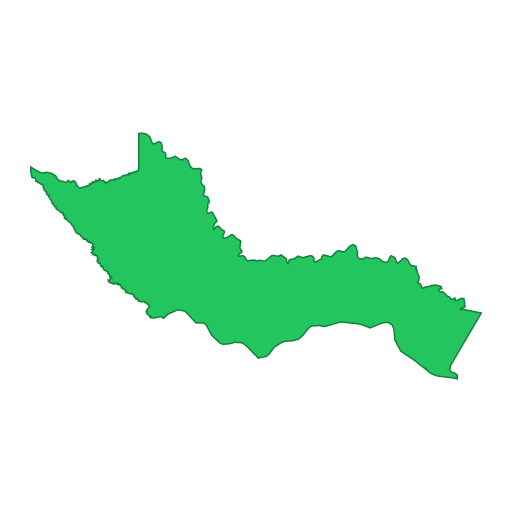 the district of Shushufindi, Sucumbios, Ecuador
{"feature_id": "8360857B16712310561849", "entity_name": "Shushufindi", "entity_type": "district", "adm_level": 2, "iso_a3": "ECU", "parent_name": "Ecuador", "parent_adm1": "Sucumbios", "projection": "orthographic", "projection_center": [-76.553, -0.288], "detail": "fine", "context": "isolated", "style": "filled", "palette": "green", "viewbox_px": 512, "rotation_deg": 0, "n_neighbors": 0, "source": "geoboundaries", "source_scale": "gbopen_adm2", "svg_char_len": 5981}
<svg xmlns="http://www.w3.org/2000/svg" viewBox="0 0 512 512"><path d="M481.3,313.0L460.7,308.9L462.3,307.5L464.0,307.6L464.9,306.7L465.1,305.8L464.3,304.4L464.8,303.4L463.8,298.5L460.4,298.5L459.8,299.3L456.5,300.6L455.5,300.6L454.9,298.1L452.2,299.3L451.0,299.2L449.6,297.0L447.4,296.2L443.6,292.4L442.3,291.7L440.0,292.0L439.2,291.5L438.7,289.4L440.0,289.2L440.6,288.4L441.7,288.7L441.3,286.9L440.6,286.3L435.1,284.9L435.0,285.4L432.2,285.3L426.7,287.1L425.5,286.8L423.8,288.1L422.2,287.7L420.3,283.9L417.5,282.5L418.5,281.2L419.4,277.8L416.9,271.1L417.2,270.3L416.1,269.5L416.5,268.8L416.0,268.1L416.2,266.4L411.6,265.7L409.9,264.1L408.0,260.4L405.8,258.4L404.3,258.1L402.8,258.6L400.4,261.3L397.7,262.9L396.7,262.4L394.9,257.8L391.1,255.7L390.2,256.5L388.0,261.5L386.1,262.4L382.6,261.6L379.1,258.6L376.5,257.9L370.9,258.5L366.0,257.1L362.8,258.9L359.4,258.8L357.9,257.6L357.5,256.4L357.5,252.1L355.8,246.4L355.0,245.4L353.0,244.6L350.0,246.0L344.8,251.6L342.2,251.7L339.6,250.7L336.6,251.3L331.3,256.9L323.7,254.9L322.4,255.9L321.4,258.9L315.4,262.1L314.1,261.3L314.0,258.5L313.1,256.8L311.9,255.9L310.0,255.7L302.8,257.7L298.0,256.1L294.2,258.8L289.4,259.8L288.1,263.4L286.9,262.8L286.5,259.4L285.8,258.4L281.1,254.9L278.0,256.3L273.5,255.4L271.6,255.7L265.6,260.8L264.1,261.3L259.8,260.2L256.8,261.0L254.1,260.0L247.5,260.7L246.4,260.1L244.7,256.7L243.7,256.1L241.9,255.7L239.0,256.3L238.3,255.6L238.8,254.5L241.9,252.0L241.8,250.9L239.8,248.0L240.8,241.5L240.4,240.7L236.0,238.2L233.6,235.2L231.5,234.6L227.4,237.3L224.3,238.2L223.2,237.7L222.6,236.6L224.3,232.7L224.2,230.8L221.9,229.7L218.4,226.2L216.2,226.6L214.0,229.3L213.3,228.8L213.9,224.7L215.8,222.1L216.8,221.8L216.9,220.7L212.4,212.4L211.4,212.0L208.5,213.2L207.6,213.1L206.7,211.9L207.1,208.8L207.8,207.9L207.7,204.4L209.5,201.5L207.7,197.1L204.1,195.8L203.4,195.1L204.5,190.6L204.6,187.0L201.6,183.7L200.7,181.9L201.9,178.0L200.5,173.5L201.7,169.6L199.6,168.5L194.0,168.9L192.1,168.2L189.9,165.9L188.2,160.9L185.9,158.4L184.7,158.4L182.3,159.8L179.9,159.6L175.3,156.3L170.7,158.2L166.5,158.3L165.7,157.3L165.6,153.2L162.4,151.3L162.1,150.4L162.0,145.4L161.3,142.8L158.8,141.6L154.4,143.8L152.4,143.5L149.7,136.7L146.3,134.1L141.5,133.1L138.7,133.5L138.7,169.9L137.4,171.2L136.6,171.1L135.5,172.0L134.4,171.5L133.4,172.8L132.0,172.5L131.0,173.4L130.0,173.2L129.9,173.8L129.1,173.2L128.8,174.7L127.9,174.2L127.0,175.1L125.9,174.7L124.5,175.6L123.2,175.4L119.5,178.4L119.1,177.8L117.9,178.7L116.1,178.6L115.5,179.6L114.7,179.2L114.6,179.9L113.6,179.5L112.4,180.1L110.5,179.8L106.9,182.8L106.0,182.3L105.6,183.1L105.4,182.3L104.3,181.8L103.6,180.5L101.8,181.1L100.4,180.3L100.2,179.1L99.4,178.6L99.4,179.5L97.4,181.0L97.0,180.6L96.8,181.2L96.3,180.3L95.6,180.2L95.4,181.2L93.7,182.6L93.2,181.7L92.5,181.7L92.6,182.9L91.5,183.1L91.1,184.3L90.0,183.8L90.3,184.5L89.4,184.5L89.4,185.2L79.9,188.1L77.8,186.9L77.5,185.6L76.7,185.3L75.6,182.0L74.3,181.6L73.8,180.6L71.7,181.3L71.5,182.5L70.9,182.7L68.4,180.4L66.6,182.0L65.3,182.3L61.6,181.0L60.1,181.2L57.1,178.7L55.9,176.0L50.8,172.9L50.1,173.4L46.2,172.1L44.4,172.9L42.0,173.0L38.3,171.7L30.7,167.0L30.8,172.2L32.0,177.4L32.7,177.9L34.3,177.4L35.8,179.2L35.9,181.4L37.2,181.5L37.9,182.6L38.7,182.5L41.3,184.5L42.1,184.2L43.6,186.0L43.1,187.1L44.2,189.0L44.0,189.9L46.7,192.2L46.2,192.9L47.4,195.1L49.1,195.3L48.7,195.7L49.1,197.4L51.6,201.0L52.3,203.5L52.6,204.0L53.3,203.8L54.5,206.5L56.0,207.3L56.0,208.7L57.0,209.7L58.4,210.0L60.7,212.4L62.0,212.4L61.9,212.8L63.4,213.5L63.0,213.8L63.4,215.2L64.6,216.0L64.3,217.8L64.9,217.9L65.2,218.8L65.9,218.6L66.3,219.6L66.8,219.4L69.0,222.0L70.8,222.9L71.8,225.2L73.3,226.1L73.7,228.5L74.9,229.7L76.1,232.7L77.2,232.9L78.2,234.1L78.6,233.7L79.7,234.3L80.8,236.1L81.9,236.5L83.0,238.8L83.7,238.5L84.2,239.2L85.0,238.6L85.2,239.3L86.4,239.4L86.1,239.9L86.6,239.6L87.0,240.2L86.6,240.6L88.2,241.9L88.6,241.7L88.6,242.3L90.5,242.1L90.7,242.7L91.5,241.9L91.2,242.6L93.0,244.2L92.4,246.2L93.3,246.7L92.6,247.1L94.0,247.3L93.3,247.9L93.6,248.3L93.1,248.2L93.6,248.9L92.9,248.8L93.4,249.4L92.2,249.6L93.0,250.1L92.8,251.0L92.0,252.0L92.2,252.7L91.6,252.7L92.2,253.3L92.7,253.1L92.6,253.9L93.1,253.4L94.4,254.2L94.2,255.3L95.6,254.9L95.9,255.7L97.1,255.7L97.6,258.1L98.2,258.3L97.4,259.1L97.3,260.9L97.8,260.5L97.5,261.1L98.0,261.0L98.3,263.0L98.8,262.7L99.6,263.6L100.2,263.0L100.9,266.5L103.2,266.9L103.0,268.2L104.3,270.2L106.2,270.7L106.6,271.6L107.4,271.5L108.2,272.8L108.0,273.4L109.2,273.7L108.9,274.5L110.4,275.8L109.8,276.3L110.7,277.1L111.6,276.9L111.6,278.4L110.0,278.1L110.2,279.4L109.6,280.2L109.0,280.5L108.2,280.0L108.4,281.6L110.8,283.1L114.0,283.2L113.6,284.0L116.6,283.6L117.1,284.1L117.4,283.4L118.1,284.4L118.5,283.7L119.5,284.1L119.3,284.8L120.1,284.9L121.5,286.9L121.4,287.7L122.2,287.5L122.5,288.7L123.4,288.5L124.2,289.5L124.9,289.5L125.8,292.5L126.6,292.0L126.5,292.5L130.3,293.9L131.8,293.5L131.8,294.1L134.1,295.1L134.3,295.8L133.8,296.1L134.7,296.9L134.5,297.3L136.3,298.3L135.8,298.9L138.1,299.8L138.2,300.9L141.7,302.1L144.2,301.2L144.6,302.3L147.2,303.6L147.2,304.1L148.3,304.3L149.4,306.9L146.7,310.2L147.0,311.0L146.3,311.4L146.9,312.2L146.4,313.1L148.4,315.2L149.1,315.2L150.1,317.4L150.5,316.4L151.8,317.8L153.7,318.1L160.9,316.5L163.5,318.4L168.2,314.0L177.9,309.8L185.1,311.1L195.9,322.8L202.9,323.0L205.9,324.4L211.7,335.3L219.8,343.0L223.1,344.3L229.4,343.8L234.9,342.3L242.1,342.8L245.5,345.1L250.4,349.9L254.2,354.1L256.4,355.8L257.9,358.1L266.4,356.3L269.1,354.1L274.1,347.3L280.9,342.8L284.6,341.3L293.2,340.7L299.0,338.9L302.6,335.6L307.7,329.2L310.4,326.6L312.1,325.8L316.4,325.9L318.5,325.4L324.7,326.6L340.6,321.9L357.7,323.7L362.2,324.8L370.2,327.9L381.2,323.3L385.4,322.3L388.7,322.7L392.4,325.1L394.0,329.7L394.9,340.0L400.8,351.2L414.4,360.3L425.7,369.3L425.8,368.6L428.9,372.2L432.9,374.4L438.3,376.2L452.6,377.8L457.3,378.9L457.3,375.0L454.9,373.2L451.5,372.1L449.8,370.4L449.6,369.2L450.4,368.1L450.3,365.9L481.3,313.0Z" fill="#22c55e" stroke="#15803d" stroke-width="1.5"/></svg>